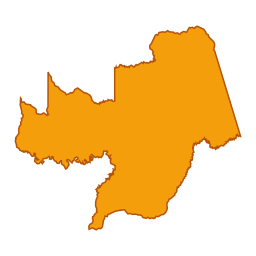 outline of Morichal (Morichal Nuevo), Guainía, Colombia
{"feature_id": "7082276B96401380433737", "entity_name": "Morichal (Morichal Nuevo)", "entity_type": "district", "adm_level": 2, "iso_a3": "COL", "parent_name": "Colombia", "parent_adm1": "Guainía", "projection": "equal_earth", "projection_center": [-69.908, 2.404], "detail": "fine", "context": "isolated", "style": "filled", "palette": "amber", "viewbox_px": 256, "rotation_deg": 0, "n_neighbors": 0, "source": "geoboundaries", "source_scale": "gbopen_adm2", "svg_char_len": 5823}
<svg xmlns="http://www.w3.org/2000/svg" viewBox="0 0 256 256"><path d="M205.6,31.8L203.7,29.2L197.1,26.2L195.3,27.2L194.7,28.4L192.2,27.3L190.3,27.9L189.3,27.5L186.6,32.2L183.7,31.5L181.2,32.7L180.2,34.0L179.1,34.1L177.5,32.9L174.8,33.4L173.5,32.2L169.2,31.8L167.7,30.6L165.1,32.3L162.9,31.8L159.0,32.5L157.7,35.1L156.5,34.6L155.3,35.2L151.4,43.5L149.9,45.2L149.8,47.2L149.9,48.6L152.0,49.9L153.4,52.1L152.7,53.2L153.6,55.6L154.3,55.8L153.8,58.1L155.4,60.1L154.8,61.0L154.2,61.2L153.6,60.4L153.7,61.3L152.9,62.0L152.2,61.3L150.6,62.2L150.5,61.5L148.3,63.2L147.0,62.6L145.6,63.0L143.7,61.9L143.2,63.4L141.8,62.4L137.2,65.3L136.1,64.6L134.0,67.1L131.3,65.2L129.5,66.4L129.3,67.3L128.6,66.5L127.2,67.2L125.9,66.3L124.8,67.1L124.4,65.7L122.9,66.2L121.1,64.7L120.5,65.2L120.0,64.8L118.6,67.2L116.1,67.7L116.0,67.0L115.6,68.0L114.7,67.9L114.7,101.1L113.7,101.4L112.3,101.0L111.8,99.8L109.8,100.4L108.1,99.6L108.1,100.5L107.3,101.0L105.2,101.0L104.2,102.1L103.8,101.4L103.1,101.9L103.1,101.2L101.9,102.7L101.0,102.1L100.1,103.3L99.7,102.9L99.4,104.0L99.0,103.5L97.3,103.9L95.6,102.8L94.9,103.2L92.1,100.5L91.1,97.0L90.0,95.3L86.2,93.0L84.2,92.8L77.6,88.0L74.7,89.6L73.7,91.7L72.2,92.9L70.4,92.7L68.9,93.9L66.2,94.7L65.3,92.9L60.5,90.1L58.1,87.0L54.7,85.6L54.3,83.3L51.7,80.8L51.1,76.8L49.1,74.4L48.1,72.0L48.0,106.8L46.7,109.9L47.0,111.6L47.8,112.0L47.5,113.6L48.9,114.8L47.6,114.5L46.9,115.4L43.8,112.9L41.0,114.4L37.1,113.8L36.2,112.7L36.1,109.5L35.2,108.4L30.9,105.6L30.6,104.8L25.9,104.1L23.9,101.9L22.0,102.5L21.2,100.3L21.4,99.2L20.6,98.1L20.2,105.0L21.7,110.9L21.7,113.6L23.3,115.1L22.5,118.0L21.4,118.3L21.7,120.6L20.6,122.5L20.9,124.6L19.5,126.1L18.8,128.8L18.9,133.4L15.7,137.8L15.7,138.9L16.1,138.9L15.4,140.4L15.5,141.9L16.5,144.5L16.0,145.3L16.4,145.0L16.7,147.1L19.0,148.5L20.0,150.3L22.0,151.2L22.9,150.8L23.4,152.1L24.7,152.0L25.4,150.9L26.0,151.8L27.2,151.3L27.8,152.7L28.2,152.0L29.5,152.7L32.1,156.4L33.9,155.9L33.9,153.4L35.1,153.4L35.5,154.2L34.9,155.3L35.3,156.6L38.6,159.7L37.1,160.1L36.3,158.6L35.1,158.3L34.6,161.3L37.3,163.7L39.3,163.5L41.0,161.6L42.3,163.7L43.9,161.6L42.4,160.4L43.3,158.7L46.5,158.3L49.1,156.4L49.8,157.0L49.5,159.0L51.1,159.2L51.8,158.5L51.8,156.9L52.5,156.5L53.2,157.1L53.2,158.8L54.5,160.8L56.1,161.3L56.6,162.7L57.7,163.3L59.0,163.3L60.6,160.8L61.4,160.7L61.5,163.8L64.0,165.8L65.7,169.0L66.8,168.4L69.0,164.8L68.4,162.1L66.6,160.7L67.0,159.7L68.6,159.7L72.0,162.9L72.9,160.8L74.1,160.6L74.1,159.2L75.2,157.7L76.7,157.1L77.7,157.6L78.0,158.8L75.8,160.2L76.1,161.7L78.5,162.4L79.5,160.8L81.1,163.6L81.9,163.7L82.7,162.0L83.5,164.3L84.3,164.5L85.5,163.8L86.1,162.3L85.8,161.2L84.4,160.5L84.8,159.7L86.0,160.3L87.4,162.9L89.1,161.8L90.1,162.4L89.7,157.1L90.7,157.9L91.5,160.4L92.5,160.0L93.1,157.4L90.7,156.5L90.9,155.1L91.7,154.5L95.4,157.5L97.7,156.4L98.5,157.7L99.8,157.0L101.3,157.5L103.1,154.7L103.7,151.1L107.5,151.3L107.4,152.5L106.1,153.5L106.2,154.4L107.9,155.2L108.8,156.9L110.4,155.6L109.6,158.5L111.0,158.8L110.4,160.6L110.7,163.3L115.1,165.6L115.1,169.7L113.5,169.2L114.0,170.0L113.2,170.5L113.4,171.5L112.5,172.3L112.3,173.6L112.8,174.0L113.2,173.3L113.4,174.5L112.1,174.5L111.6,175.5L110.9,175.0L111.8,174.3L110.2,173.5L108.9,174.5L109.9,174.8L109.6,176.5L110.3,176.0L109.3,179.4L108.6,178.4L107.8,179.2L107.5,178.5L105.9,178.7L106.4,179.7L105.4,182.1L102.1,183.5L101.6,185.0L100.3,185.9L99.0,185.3L99.1,186.3L100.2,187.0L98.7,188.0L97.7,187.4L97.6,188.3L96.0,189.4L97.1,190.4L96.7,191.7L98.4,192.8L97.0,194.4L97.6,196.4L96.1,199.9L95.7,202.2L95.6,206.0L96.7,208.7L96.5,210.9L97.2,211.9L94.5,214.5L93.4,216.6L92.6,216.8L92.5,218.8L93.2,220.1L92.8,221.8L92.3,223.0L89.9,224.4L88.8,226.4L89.1,229.3L92.2,227.8L96.2,229.8L98.4,228.3L100.7,228.7L102.4,226.9L103.5,220.3L104.5,218.6L104.9,216.1L107.3,216.6L107.8,214.7L115.6,211.1L124.3,209.7L127.9,213.9L129.9,213.5L132.4,214.3L136.2,214.2L138.3,215.1L139.8,214.8L141.9,215.8L142.9,217.5L146.2,218.3L147.9,217.3L149.5,218.5L152.1,217.9L153.9,218.5L154.8,218.2L156.0,216.4L158.4,216.6L161.7,214.6L163.3,214.6L165.6,212.5L166.6,210.6L167.4,208.0L166.8,205.0L167.2,202.5L168.7,200.8L168.9,199.2L170.2,198.9L174.8,195.1L174.8,193.9L176.6,191.8L177.3,187.1L178.6,187.3L179.3,185.5L180.7,185.0L181.0,182.6L181.5,183.0L182.3,182.0L183.8,178.5L184.6,178.1L184.4,177.4L184.7,176.4L184.7,176.9L185.9,176.0L185.8,174.3L186.1,173.6L186.6,173.9L186.5,172.6L186.9,172.4L186.6,172.1L187.2,171.3L187.5,169.2L187.1,168.8L187.9,169.5L188.5,167.7L188.9,167.5L189.1,168.1L190.6,166.7L190.5,164.3L190.9,163.8L189.9,161.8L190.7,161.2L190.8,159.7L192.0,160.2L192.4,159.5L192.5,156.8L192.1,156.9L193.1,154.8L192.4,154.5L192.5,153.2L193.9,152.2L193.0,149.7L193.3,148.6L192.8,148.3L193.3,147.4L192.8,147.3L193.7,144.0L194.2,144.6L194.2,143.6L195.4,143.3L195.6,144.4L195.9,143.3L196.3,144.6L197.7,143.0L198.0,143.9L198.1,143.1L199.1,143.2L199.6,141.8L199.9,142.5L200.5,141.2L201.8,141.2L202.5,139.5L203.9,139.4L203.6,138.8L204.3,138.0L204.4,139.3L205.8,139.0L205.6,140.1L206.5,140.2L206.0,140.8L206.9,141.2L206.3,141.8L206.7,142.3L206.9,141.8L206.9,142.6L207.3,141.8L207.7,142.4L207.8,141.8L208.8,141.9L208.7,141.2L209.5,141.8L209.0,143.2L209.7,143.5L210.2,145.1L209.9,145.9L210.4,146.7L210.0,147.1L211.2,147.8L212.4,147.1L212.7,148.3L214.5,147.7L215.6,149.3L216.0,148.9L215.3,148.3L215.4,147.5L216.5,147.3L216.9,147.9L217.2,146.7L217.6,147.6L218.2,147.0L218.4,147.7L220.6,145.5L223.7,145.8L224.4,144.0L225.4,144.0L226.5,143.0L226.8,142.2L226.2,141.7L228.1,141.7L228.1,140.8L229.4,140.1L229.0,139.5L229.7,138.8L230.6,139.8L230.9,139.0L231.2,139.7L231.8,139.2L231.9,140.5L232.5,138.8L234.1,139.7L234.1,138.2L235.9,138.5L236.3,135.1L237.2,134.4L238.2,136.5L239.7,135.1L240.2,136.5L240.6,136.5L214.6,50.8L213.7,49.7L214.7,45.2L214.4,43.4L213.5,41.6L208.9,37.0L208.1,34.7L206.2,33.8L205.6,31.8Z" fill="#f59e0b" stroke="#b45309" stroke-width="1.5"/></svg>